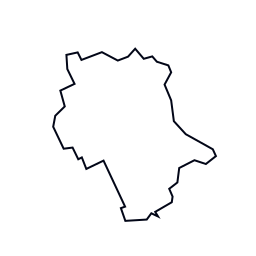 the district of Lewis, Tennessee, United States of America, rotated 64°
{"feature_id": "52423323B63074123896929", "entity_name": "Lewis", "entity_type": "district", "adm_level": 2, "iso_a3": "USA", "parent_name": "United States of America", "parent_adm1": "Tennessee", "projection": "natural_earth1", "projection_center": [-87.489, 35.529], "detail": "fine", "context": "isolated", "style": "outline", "palette": "ink", "viewbox_px": 256, "rotation_deg": 64, "n_neighbors": 0, "source": "geoboundaries", "source_scale": "gbopen_adm2", "svg_char_len": 669}
<svg xmlns="http://www.w3.org/2000/svg" viewBox="0 0 256 256"><g transform="rotate(64 128 128)"><path d="M59.9,86.8L63.9,96.7L62.9,107.6L48.4,118.2L46.4,140.0L38.0,140.1L35.3,151.3L48.4,156.7L64.9,156.7L64.7,172.4L80.9,175.4L85.1,188.0L94.1,194.7L118.4,194.9L121.3,186.4L134.3,186.4L134.2,182.4L146.5,183.4L146.6,164.3L197.4,165.1L196.9,169.5L210.3,171.1L218.5,151.3L214.9,144.4L220.7,139.8L215.3,140.3L213.9,121.2L209.2,118.0L200.7,117.6L198.6,107.5L186.4,99.5L186.1,82.4L194.5,73.8L191.8,61.3L184.3,61.1L158.9,78.8L142.0,83.8L122.1,77.1L105.0,76.1L96.9,64.8L89.4,64.3L81.1,73.0L74.3,74.8L72.7,83.5L59.9,86.8Z" fill="none" stroke="#020617" stroke-width="2"/></g></svg>